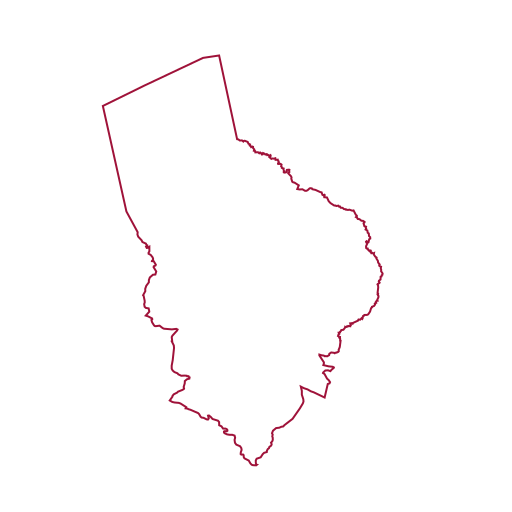 outline of Zomba, Zomba, Malawi, rotated 258°
{"feature_id": "42251766B13881881574545", "entity_name": "Zomba", "entity_type": "district", "adm_level": 2, "iso_a3": "MWI", "parent_name": "Malawi", "parent_adm1": "Zomba", "projection": "albers", "projection_center": [35.302, -15.438], "detail": "fine", "context": "isolated", "style": "outline", "palette": "rose", "viewbox_px": 512, "rotation_deg": 258, "n_neighbors": 0, "source": "geoboundaries", "source_scale": "gbopen_adm2", "svg_char_len": 6098}
<svg xmlns="http://www.w3.org/2000/svg" viewBox="0 0 512 512"><g transform="rotate(258 256 256)"><path d="M75.6,197.5L73.2,200.9L71.1,201.7L69.3,201.6L67.3,200.4L65.5,199.8L64.8,200.3L64.5,202.1L64.2,202.3L63.7,202.5L61.9,202.2L60.5,202.6L57.4,206.4L54.3,207.4L52.7,208.4L52.0,209.6L51.2,212.7L51.6,213.4L51.8,212.9L53.7,212.8L56.1,213.3L57.6,214.5L58.1,218.7L60.8,221.4L61.8,223.0L62.0,225.8L63.3,226.2L64.7,227.4L65.3,228.7L66.5,229.4L67.2,231.1L67.9,231.8L68.7,232.2L70.3,231.9L71.4,233.4L72.7,234.2L74.9,234.6L76.2,234.4L77.8,235.2L79.3,234.8L81.6,236.3L83.5,239.9L83.2,243.1L83.7,245.3L83.6,247.2L84.7,248.7L89.1,257.9L97.8,267.2L102.1,271.2L103.8,272.2L106.1,272.5L110.8,272.0L114.6,272.8L118.9,272.7L116.6,275.6L114.8,278.7L112.2,281.6L110.7,284.1L103.3,293.7L115.9,299.6L116.1,301.4L117.2,302.2L119.3,301.4L121.3,300.0L126.3,298.5L127.6,297.2L128.1,297.5L129.6,300.0L129.2,302.7L127.9,304.8L129.0,306.2L130.4,308.8L130.8,309.0L131.7,308.0L133.0,304.0L135.3,299.2L136.9,300.1L137.9,300.3L145.6,297.3L146.4,297.5L145.3,299.4L144.5,301.6L143.6,302.5L143.6,303.4L143.1,304.7L143.8,306.9L145.1,307.4L146.0,309.5L145.1,312.1L144.5,312.8L144.9,313.5L144.7,314.9L145.0,315.2L145.1,316.5L145.7,317.2L147.0,317.3L149.5,319.0L155.5,321.1L155.7,320.7L157.4,321.1L158.5,320.6L158.9,320.8L158.8,321.2L159.2,321.3L159.3,320.4L160.2,320.3L160.7,319.6L162.1,320.4L162.4,321.2L163.6,321.0L163.4,321.7L163.7,322.1L164.1,321.9L165.0,323.5L165.8,324.0L165.7,326.2L167.4,328.2L168.1,328.5L167.8,328.8L167.8,329.7L168.3,330.4L167.9,331.0L168.4,331.6L167.7,333.6L168.9,334.0L168.8,334.4L169.2,334.5L170.5,334.2L170.4,335.9L169.7,336.5L170.4,337.1L171.6,342.4L172.5,342.9L172.6,343.3L172.0,344.5L173.2,346.5L172.4,346.9L172.7,347.2L173.5,346.8L174.2,348.0L175.0,348.3L174.9,348.8L175.8,349.7L175.3,352.3L175.6,353.6L177.9,356.0L181.0,357.7L181.7,358.8L182.2,358.9L182.6,361.1L183.8,362.4L184.7,362.3L185.2,363.8L186.0,363.5L187.1,364.7L187.0,365.6L187.9,365.5L190.1,367.1L191.4,367.5L192.3,367.1L193.1,367.4L193.5,367.0L194.0,367.6L194.8,367.3L199.8,369.0L202.0,369.3L202.9,368.9L203.3,369.2L203.9,371.1L204.3,371.4L205.5,370.8L206.3,371.2L207.1,372.9L209.8,373.6L209.9,374.5L211.1,375.0L211.3,375.7L212.6,376.2L215.1,375.2L216.4,375.6L218.2,375.5L219.5,376.1L220.5,374.7L221.4,374.6L222.1,375.2L224.2,374.1L226.0,374.2L228.6,373.2L229.4,373.6L230.6,372.5L233.1,371.5L234.3,372.0L234.1,371.2L235.1,370.2L234.8,369.4L235.6,369.1L237.4,369.4L237.8,368.7L237.2,368.0L238.7,367.0L240.1,366.8L240.2,365.9L240.9,365.4L242.7,365.7L245.4,367.7L246.2,366.7L247.1,366.6L247.5,367.3L246.1,368.4L246.1,368.9L248.9,370.2L249.3,371.4L250.7,371.6L252.0,370.7L254.6,371.0L255.5,370.1L257.8,370.2L259.1,368.7L260.1,369.5L261.0,369.2L261.8,369.7L262.7,368.2L265.7,368.0L266.3,369.1L266.8,369.3L268.1,368.0L268.6,366.4L270.5,364.9L271.1,363.2L272.4,362.9L273.3,361.9L274.1,363.0L274.5,363.0L275.6,362.2L280.3,360.9L280.3,359.6L281.9,357.0L281.9,355.6L282.7,353.5L283.1,353.5L283.6,351.8L285.1,350.7L285.6,348.9L286.9,348.5L286.9,347.6L288.1,347.1L288.2,344.9L288.8,344.3L289.1,343.0L292.2,339.9L294.5,338.5L298.5,337.6L299.3,335.0L300.2,335.1L301.3,335.9L301.7,335.7L301.5,334.4L302.0,333.7L304.6,333.4L305.1,332.2L308.3,327.9L309.6,325.0L310.5,324.7L311.0,323.4L311.0,322.5L309.6,320.1L309.3,318.8L309.6,317.5L311.6,315.3L312.0,312.5L312.9,310.3L316.2,312.5L319.8,308.9L320.3,307.7L321.1,306.9L324.3,306.6L325.5,307.1L326.8,306.8L330.2,304.7L330.6,304.9L331.2,306.1L332.5,306.1L333.3,306.6L333.6,306.3L333.8,304.1L333.1,303.6L332.2,303.7L332.2,303.3L331.6,302.8L331.6,301.4L332.0,300.6L332.4,300.5L333.0,301.1L335.6,300.8L335.9,301.1L336.8,299.6L337.7,299.7L338.5,299.2L340.0,300.0L340.4,299.8L341.2,298.8L341.2,297.5L341.6,296.7L342.1,296.8L342.8,297.8L344.1,297.8L344.8,297.2L345.7,297.3L346.0,295.1L347.6,295.2L347.5,293.8L348.0,292.1L347.8,291.2L349.9,289.7L350.1,290.6L350.9,291.2L351.6,291.1L351.4,290.6L351.8,289.4L352.4,288.8L352.4,287.9L353.3,287.9L353.5,287.5L353.3,286.2L354.4,285.5L355.2,284.4L354.1,283.8L354.0,282.9L354.4,282.7L355.2,283.2L355.7,282.0L356.4,281.5L355.8,280.5L357.1,279.5L357.5,276.9L358.8,277.0L359.4,275.8L360.6,276.5L362.1,275.6L363.4,275.8L363.9,275.0L363.5,273.9L364.8,273.5L365.4,272.8L365.8,272.8L366.4,273.3L367.5,271.9L369.3,271.6L371.1,268.9L371.1,268.0L370.6,267.4L372.0,266.3L372.3,264.2L373.7,263.0L374.2,261.8L459.8,261.6L460.8,245.4L445.9,182.2L434.6,137.4L326.5,138.5L303.9,145.2L301.7,144.5L299.4,144.8L295.1,147.4L293.3,147.8L291.0,150.9L289.7,151.1L289.0,151.9L288.5,151.8L288.0,150.4L286.6,150.8L286.5,151.9L287.2,153.6L282.8,152.7L281.4,151.5L280.5,151.4L279.0,153.2L276.4,154.5L275.0,154.8L273.1,154.4L273.0,153.4L272.6,153.2L272.1,154.9L268.3,156.2L267.6,155.7L267.2,153.9L266.4,153.5L261.6,155.2L258.8,153.7L259.1,151.3L257.1,147.7L254.7,146.2L252.5,145.7L249.7,142.5L246.9,140.8L244.6,140.4L241.1,137.4L240.4,137.8L235.5,137.8L233.7,137.5L232.2,136.6L229.5,136.5L228.1,137.5L227.1,140.1L224.3,140.1L223.7,140.0L220.6,135.8L219.4,137.9L216.5,141.4L215.6,141.3L215.3,140.5L214.8,140.4L212.7,140.6L209.2,141.9L208.5,142.5L208.2,143.4L207.9,147.2L204.9,149.7L204.0,150.9L201.7,158.5L201.3,162.9L200.4,164.0L199.5,163.3L195.4,157.6L194.2,156.7L189.9,156.3L189.9,155.9L185.6,157.0L183.1,156.7L171.5,152.9L166.2,150.7L163.2,150.1L161.3,150.7L159.4,152.1L157.6,154.8L156.4,155.4L154.4,158.0L153.9,161.2L153.3,163.3L152.8,163.5L152.5,164.8L152.1,164.7L151.1,165.8L149.9,165.3L149.8,162.9L148.5,160.4L146.2,159.8L142.9,158.0L141.3,158.1L140.9,157.8L140.3,156.1L139.5,151.5L138.8,150.5L137.8,146.8L136.6,145.3L135.8,145.0L132.6,141.6L130.6,143.8L129.6,146.0L128.4,149.9L127.4,151.5L122.7,156.3L121.6,155.5L120.9,157.4L120.3,157.9L119.3,159.8L114.3,166.8L113.1,167.5L110.3,168.4L109.3,169.2L108.6,171.1L106.5,173.7L106.0,175.0L106.9,176.0L109.8,175.9L109.8,176.8L108.0,178.3L105.6,179.6L102.8,184.6L101.2,185.4L98.1,184.8L96.6,186.8L94.0,187.9L93.5,190.3L92.7,191.4L91.9,191.8L91.0,191.7L90.6,190.9L91.2,189.1L91.0,188.2L90.2,188.0L89.3,188.3L87.6,190.5L86.7,192.7L86.0,195.7L84.8,197.7L82.6,197.8L80.6,196.8L77.7,196.6L75.6,197.5Z" fill="none" stroke="#9f1239" stroke-width="2"/></g></svg>